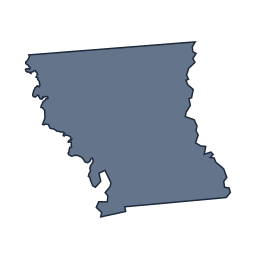 the district of Anderson, Texas, United States of America, rotated 4°
{"feature_id": "52423323B92486842041177", "entity_name": "Anderson", "entity_type": "district", "adm_level": 2, "iso_a3": "USA", "parent_name": "United States of America", "parent_adm1": "Texas", "projection": "orthographic", "projection_center": [-95.816, 31.794], "detail": "fine", "context": "isolated", "style": "filled", "palette": "slate", "viewbox_px": 256, "rotation_deg": 4, "n_neighbors": 0, "source": "geoboundaries", "source_scale": "gbopen_adm2", "svg_char_len": 2233}
<svg xmlns="http://www.w3.org/2000/svg" viewBox="0 0 256 256"><g transform="rotate(4 128 128)"><path d="M230.8,190.5L234.6,185.2L233.0,180.7L228.5,180.4L227.2,174.7L230.0,170.5L226.3,162.1L217.8,155.8L216.1,151.9L212.2,151.6L214.8,148.5L212.4,146.2L205.9,148.9L206.8,140.9L202.0,140.9L196.4,138.1L198.5,130.1L196.0,126.0L196.7,121.2L193.4,115.1L184.4,112.7L184.8,108.4L188.6,101.1L186.8,94.5L189.3,93.3L190.4,85.0L184.6,80.7L182.5,76.3L185.0,75.2L182.7,71.1L184.4,64.2L190.2,57.9L187.9,54.1L190.7,49.0L187.2,47.2L186.5,42.5L189.0,37.4L24.0,62.0L24.6,63.8L23.9,65.8L22.7,68.0L21.4,69.2L21.4,70.6L22.5,71.7L23.6,71.8L24.6,73.4L25.6,73.9L26.3,75.1L25.6,76.3L24.5,75.6L22.8,76.0L21.6,76.5L22.1,78.2L23.2,79.1L25.2,79.2L26.4,79.9L27.4,80.4L27.5,79.2L29.8,78.2L30.2,77.6L31.4,77.2L32.5,78.7L34.0,80.2L33.6,81.7L32.7,83.6L34.4,84.2L34.5,85.9L36.3,87.7L36.4,89.4L37.2,91.1L36.8,92.8L36.0,93.2L35.4,92.8L35.2,92.2L34.2,92.4L33.8,93.4L32.7,94.0L31.4,97.4L30.9,99.4L30.6,102.0L31.4,103.3L33.3,103.6L34.6,102.4L35.4,101.5L36.6,101.8L36.6,102.8L37.5,103.7L38.2,105.0L39.8,105.3L40.4,105.0L40.9,104.2L40.5,103.6L41.0,102.9L41.2,103.5L43.2,102.4L44.6,102.2L45.9,102.8L46.2,103.4L45.8,104.2L45.3,103.9L43.8,104.8L43.4,106.2L41.5,107.5L40.6,110.2L39.9,111.6L39.7,113.6L41.3,113.8L43.7,116.2L43.9,119.1L44.2,121.1L44.4,124.2L43.2,128.1L42.5,130.3L43.9,130.8L45.1,129.8L48.2,130.0L49.3,132.0L50.3,133.7L54.2,134.3L55.7,135.0L57.1,136.1L59.1,136.1L61.1,136.8L63.3,136.5L65.1,137.7L64.2,138.3L64.1,138.9L63.9,140.1L64.9,140.5L66.3,139.3L68.3,139.6L71.2,140.6L71.4,141.8L72.3,143.2L72.6,143.1L72.1,144.2L70.8,143.9L69.4,145.4L69.4,146.4L71.0,146.0L72.4,146.2L72.6,147.5L72.6,149.8L73.1,150.9L72.2,151.3L71.3,151.4L70.8,153.9L70.8,156.0L70.2,156.6L70.1,157.8L70.8,158.8L73.8,160.1L76.0,159.2L79.4,158.8L83.1,160.1L85.2,161.6L87.5,164.9L90.3,165.5L92.4,163.7L93.2,161.2L94.2,160.5L95.2,161.8L95.5,164.2L93.4,168.0L92.7,170.6L93.6,173.5L92.3,176.3L91.8,179.0L93.5,180.0L94.0,182.4L94.3,182.9L96.8,188.0L99.6,189.4L104.5,183.1L102.2,175.1L108.0,171.9L114.8,183.8L114.3,187.7L109.7,194.0L112.7,197.2L112.5,203.1L103.9,203.6L101.9,209.5L107.6,214.1L107.0,218.6L131.5,211.4L130.3,206.8L230.8,190.5Z" fill="#64748b" stroke="#1e293b" stroke-width="1.5"/></g></svg>